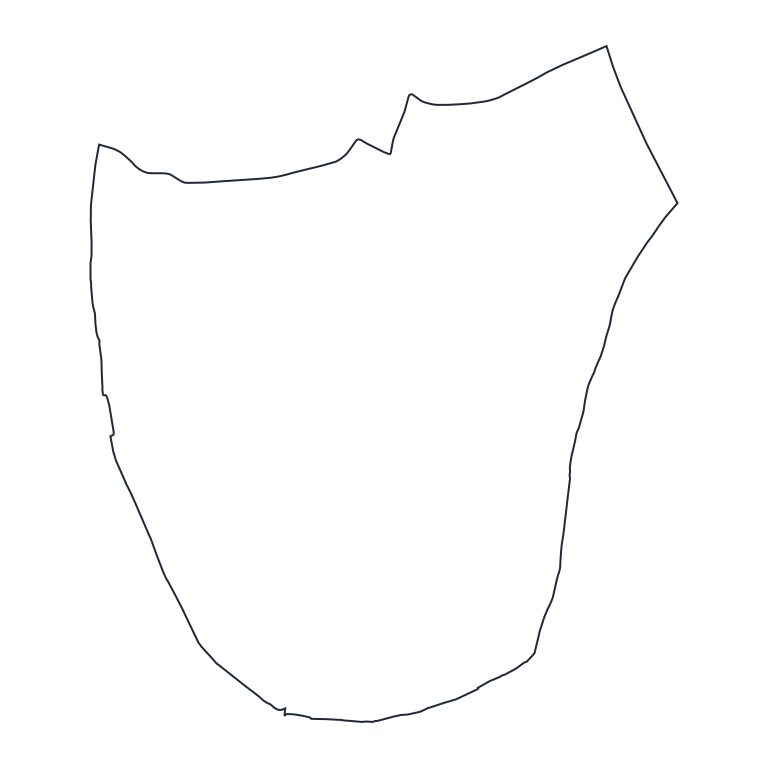 the district of Bangkok Yai, Bangkok Metropolis, Thailand
{"feature_id": "78962969B71650774119704", "entity_name": "Bangkok Yai", "entity_type": "district", "adm_level": 2, "iso_a3": "THA", "parent_name": "Thailand", "parent_adm1": "Bangkok Metropolis", "projection": "equal_earth", "projection_center": [100.476, 13.735], "detail": "fine", "context": "isolated", "style": "outline", "palette": "slate", "viewbox_px": 768, "rotation_deg": 0, "n_neighbors": 0, "source": "geoboundaries", "source_scale": "gbopen_adm2", "svg_char_len": 4456}
<svg xmlns="http://www.w3.org/2000/svg" viewBox="0 0 768 768"><path d="M99.2,144.6L98.5,147.7L95.4,164.9L95.0,168.2L92.9,187.4L91.7,198.0L91.4,201.0L91.3,201.5L90.9,206.3L90.8,218.5L90.7,220.4L91.6,242.7L91.5,256.4L91.2,258.1L90.5,263.4L90.5,274.7L90.5,278.7L91.1,283.5L91.2,287.6L92.3,300.4L92.4,301.8L93.1,306.2L94.9,313.5L95.5,324.5L96.5,332.7L97.7,337.1L98.2,337.9L99.5,340.9L99.3,344.6L101.0,356.1L101.5,361.7L101.6,367.2L101.6,368.7L101.7,371.2L102.5,388.2L102.3,389.5L102.8,393.2L102.8,393.6L103.1,394.6L103.4,395.2L103.8,395.2L105.6,395.2L106.4,396.0L107.5,398.7L109.2,405.1L109.8,408.6L113.7,432.0L113.7,432.5L113.7,433.5L113.6,434.3L113.4,434.8L111.2,435.9L110.4,436.3L113.2,451.2L113.5,452.4L116.2,461.1L124.6,480.1L125.1,481.5L125.6,482.4L125.8,482.9L126.2,484.0L126.6,484.8L127.6,486.7L131.0,493.4L136.8,506.5L149.3,535.7L150.4,537.7L157.9,558.3L158.6,560.1L163.1,571.8L165.6,577.4L168.5,582.4L174.6,593.9L182.0,608.2L185.3,615.2L198.5,642.7L199.6,644.1L200.1,644.8L200.6,645.5L201.2,646.4L208.6,654.6L209.0,654.9L212.2,658.5L216.9,663.8L218.1,664.5L244.7,685.6L257.9,695.6L263.7,700.7L267.8,703.3L268.8,703.5L271.0,704.8L274.2,707.7L276.9,709.3L279.6,710.0L280.6,709.9L281.6,709.9L285.2,708.4L284.6,714.6L284.5,716.1L284.6,715.9L285.1,715.2L285.3,714.9L286.3,714.2L289.1,714.1L290.2,714.1L291.8,714.2L295.0,714.5L300.5,715.4L301.6,715.6L309.1,717.2L310.3,717.6L310.5,717.9L310.9,718.6L312.0,718.9L312.5,718.9L314.6,718.9L325.0,719.1L334.6,719.6L338.8,719.8L341.5,720.0L342.8,720.2L344.3,720.5L346.1,720.6L349.3,720.8L355.7,721.4L356.9,721.5L360.3,721.8L362.3,721.9L366.8,721.5L369.1,721.7L370.5,721.8L371.5,721.8L373.0,721.8L373.4,721.7L374.1,721.5L374.3,721.4L374.6,721.3L375.0,721.1L375.4,721.1L375.6,721.0L375.9,721.0L377.5,720.9L394.4,716.4L401.4,714.9L408.0,714.5L418.3,712.2L420.7,711.5L421.6,711.1L426.0,709.1L426.8,708.5L428.9,707.8L429.2,707.8L443.0,703.2L456.1,699.3L474.1,690.8L476.4,689.8L478.2,688.6L478.0,688.1L477.9,687.8L482.0,685.5L485.3,683.6L486.9,682.7L489.8,681.1L500.2,676.7L501.7,675.6L503.3,675.1L504.7,674.7L516.0,668.6L524.3,662.5L526.6,661.8L531.9,656.2L532.3,655.8L533.5,654.3L534.6,652.9L534.8,652.0L535.0,651.3L535.3,649.9L535.7,648.3L539.0,634.6L539.2,633.4L539.8,631.0L543.9,618.3L544.0,617.9L544.2,617.5L544.5,616.6L544.6,616.3L548.0,608.3L549.7,605.0L549.9,604.6L552.0,599.6L552.9,597.2L556.7,580.3L557.7,576.5L558.1,574.8L559.1,572.4L559.7,569.6L560.2,567.4L560.2,566.2L560.4,561.7L561.0,552.6L561.6,545.8L563.6,532.5L568.5,491.0L569.1,486.2L569.2,485.5L569.2,485.2L570.0,478.8L569.6,475.0L570.1,471.2L569.8,467.7L570.6,461.6L571.3,457.1L575.1,441.0L576.5,433.2L577.8,430.2L579.0,427.5L579.9,424.1L580.5,422.1L582.3,415.7L583.5,411.4L583.9,408.6L585.1,400.4L586.2,395.1L587.4,388.9L588.7,384.5L592.1,376.5L594.2,372.3L595.1,369.3L596.7,365.3L596.8,365.0L597.5,363.4L598.2,361.8L599.7,358.5L600.7,356.4L604.0,346.1L606.4,335.9L608.7,328.6L609.3,326.8L609.8,324.7L610.1,323.5L611.3,316.5L612.5,311.2L612.6,310.7L612.7,310.2L614.1,306.1L614.4,305.1L614.7,304.4L618.9,294.6L619.7,292.5L625.0,278.5L633.8,263.4L635.3,260.9L638.5,255.6L647.2,242.5L650.2,238.6L651.9,236.4L655.0,231.9L658.9,226.0L662.1,221.7L662.7,220.8L665.2,217.4L677.5,203.1L677.0,202.3L670.5,189.7L646.7,143.9L636.5,121.6L620.6,86.8L613.1,66.9L606.5,46.1L584.7,55.5L563.0,64.7L547.2,72.2L545.3,73.3L536.6,78.2L527.9,82.7L506.3,93.6L503.2,95.2L500.1,96.9L497.5,98.0L493.8,99.2L490.1,100.3L485.2,101.4L476.5,102.6L470.8,103.4L460.5,104.2L450.9,104.7L449.4,104.8L440.0,104.9L436.5,104.9L431.8,104.2L428.1,103.3L424.5,102.3L421.4,101.0L421.2,100.9L412.6,94.6L411.8,94.3L411.0,94.3L410.2,94.5L409.5,95.0L409.0,95.7L408.7,96.3L404.9,110.2L404.3,112.2L393.6,138.4L392.6,142.9L390.7,153.2L390.3,153.7L389.9,154.1L389.3,154.1L388.5,153.9L383.9,152.1L366.9,143.6L361.0,140.0L360.0,139.6L358.7,139.4L358.0,139.5L356.9,139.9L356.0,140.8L350.3,148.9L347.3,153.0L345.5,154.9L341.9,158.0L338.9,160.0L338.4,160.3L336.5,161.4L334.4,162.1L322.5,165.5L293.2,172.7L285.3,174.9L278.6,176.5L271.2,177.7L265.9,178.2L261.6,178.6L256.5,179.0L222.0,181.3L204.4,182.6L191.2,182.8L189.1,182.9L185.2,182.7L184.2,182.5L183.3,182.1L182.6,181.8L181.1,181.2L170.4,174.5L168.2,173.9L166.0,173.5L163.5,173.3L160.3,173.2L153.0,173.3L149.5,173.1L147.7,173.0L145.7,172.3L142.9,171.3L141.7,170.6L140.8,170.0L138.7,168.8L137.4,167.7L135.3,166.0L131.1,161.4L125.1,155.9L120.5,152.3L117.2,150.5L114.2,149.0L110.3,147.8L99.2,144.6Z" fill="none" stroke="#1e293b" stroke-width="2"/></svg>